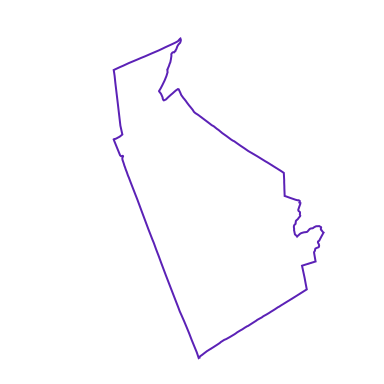 Obrejita, Vrancea, Romania, rotated 146°
{"feature_id": "2599482B71493090324690", "entity_name": "Obrejita", "entity_type": "district", "adm_level": 2, "iso_a3": "ROU", "parent_name": "Romania", "parent_adm1": "Vrancea", "projection": "robinson", "projection_center": [27.083, 45.477], "detail": "fine", "context": "isolated", "style": "outline", "palette": "violet", "viewbox_px": 384, "rotation_deg": 146, "n_neighbors": 0, "source": "geoboundaries", "source_scale": "gbopen_adm2", "svg_char_len": 4486}
<svg xmlns="http://www.w3.org/2000/svg" viewBox="0 0 384 384"><g transform="rotate(146 192 192)"><path d="M279.3,50.6L278.8,50.6L278.4,50.5L278.3,50.9L278.2,51.2L277.9,51.2L277.1,51.2L276.3,51.3L274.7,51.3L272.0,51.5L270.1,51.6L268.6,51.7L261.2,51.4L256.1,51.3L253.1,51.3L252.2,51.5L248.1,51.4L247.5,51.3L246.2,51.0L245.4,50.9L244.1,50.8L241.9,50.6L238.1,50.4L236.4,50.3L234.5,50.3L233.0,50.4L229.3,50.2L227.1,50.0L224.1,50.0L222.4,49.9L221.7,49.9L220.3,49.6L218.7,49.6L214.6,49.5L211.0,49.4L210.5,49.4L209.6,49.5L209.3,49.5L208.3,49.4L206.0,49.2L204.3,49.0L202.8,49.1L202.1,49.1L199.0,48.8L197.4,48.7L195.3,48.6L193.6,48.6L191.7,48.5L188.9,48.4L187.1,48.4L185.2,48.4L183.7,48.2L182.7,48.2L181.6,48.2L174.3,47.9L167.5,47.6L151.3,47.1L149.0,52.5L146.6,58.0L143.7,65.2L142.0,69.4L128.4,65.3L125.8,71.1L124.7,73.5L124.4,73.9L122.9,74.6L121.8,75.8L121.2,76.1L120.7,76.0L119.9,75.9L119.0,75.7L118.4,75.5L117.9,75.5L117.4,75.6L116.8,76.2L116.4,76.8L116.2,77.4L116.0,78.1L116.0,78.6L115.9,79.4L115.8,79.8L115.4,80.3L115.1,80.5L113.7,80.5L112.9,81.0L109.7,82.7L105.6,84.8L105.8,85.2L105.9,85.8L105.9,86.4L106.0,87.1L106.0,87.4L105.9,87.6L106.1,88.0L106.1,88.5L106.1,88.9L105.9,89.2L105.7,89.5L105.4,89.8L104.9,90.2L104.7,90.6L104.8,91.1L105.2,91.7L105.6,92.6L106.5,93.1L107.1,93.5L107.7,93.9L108.3,94.2L109.5,94.4L110.9,94.5L111.9,94.4L112.6,94.6L113.4,95.1L113.9,95.3L114.4,95.4L115.1,95.5L116.0,95.3L117.4,94.9L118.2,94.7L118.6,94.6L119.2,94.7L120.1,95.1L121.2,95.7L122.1,96.1L124.0,96.7L125.0,96.9L126.1,96.9L127.2,96.7L129.4,96.4L129.8,96.3L129.8,96.5L129.8,97.0L130.0,97.8L130.3,99.1L130.3,99.5L129.9,100.4L129.6,101.2L129.1,102.3L128.9,103.0L128.5,103.6L127.9,104.4L127.7,104.8L127.6,105.1L127.3,105.7L127.0,106.2L126.5,106.8L125.8,107.3L124.8,107.6L124.2,107.6L123.8,107.8L123.2,108.7L122.7,109.1L122.2,109.8L121.5,110.1L121.0,110.2L120.4,110.2L119.9,110.3L119.5,110.3L119.3,110.4L119.1,110.5L118.3,110.8L117.0,111.2L115.9,111.5L115.5,111.8L115.3,112.5L115.2,113.0L114.8,113.5L114.3,114.0L114.0,114.5L113.8,114.9L113.8,115.3L113.9,115.7L114.2,116.4L114.2,117.0L114.0,117.6L113.8,117.9L113.4,118.2L113.0,118.5L111.6,119.6L109.1,121.4L108.9,121.6L108.3,122.2L108.9,123.2L107.7,124.1L108.1,125.4L109.1,126.1L109.8,126.9L110.5,127.7L111.7,129.3L113.6,131.8L116.6,135.9L117.4,136.9L115.9,139.3L113.5,143.2L112.2,145.2L110.1,148.6L109.0,150.2L105.2,156.5L106.4,159.5L109.9,167.4L113.0,174.4L114.0,176.4L117.9,185.1L122.4,194.4L124.2,199.1L125.9,203.2L127.8,208.2L128.6,210.4L129.4,211.7L130.2,213.5L132.1,219.0L134.0,224.0L135.3,228.6L136.1,230.6L137.2,234.3L138.3,236.4L139.0,238.6L141.7,246.5L143.9,252.8L145.1,255.5L145.6,257.5L145.5,258.7L145.5,260.0L145.8,263.5L146.0,265.4L146.2,269.0L146.2,270.6L146.4,273.4L146.6,274.8L146.6,275.7L146.7,278.3L146.1,281.3L145.6,284.6L146.1,285.2L148.6,285.2L151.0,284.9L153.1,284.6L155.1,284.4L158.7,283.9L161.8,283.3L163.8,283.6L164.2,283.8L164.3,284.6L164.0,285.9L163.5,286.8L163.0,289.5L162.8,290.9L162.9,292.3L163.0,293.7L162.9,294.1L159.9,295.5L156.6,297.3L152.3,299.8L148.4,302.4L145.2,305.0L144.7,306.2L143.8,307.1L143.9,307.3L140.6,309.4L139.1,310.6L137.4,311.7L136.5,312.6L135.3,313.8L134.1,315.1L133.0,316.3L132.4,317.3L132.1,317.8L131.6,318.1L130.4,318.5L129.3,318.4L128.8,317.8L126.9,318.2L126.9,318.4L125.1,319.2L122.8,320.9L121.2,321.7L120.2,322.0L118.3,322.4L117.0,323.5L116.9,323.5L116.7,323.7L116.2,324.3L116.1,324.6L115.8,325.7L116.1,325.7L116.3,325.7L117.4,325.4L118.6,325.1L119.2,324.9L120.8,325.0L122.6,325.2L125.9,325.7L133.1,326.9L136.7,327.4L140.6,328.0L148.3,329.5L154.9,330.7L159.1,331.6L163.8,332.5L168.3,333.4L172.2,334.2L178.6,335.2L181.7,335.8L187.9,336.8L188.2,336.8L188.7,336.9L189.9,334.3L191.2,331.6L194.6,325.2L204.1,306.7L214.3,287.0L217.6,278.6L221.1,278.3L222.8,278.5L223.9,278.6L225.0,278.7L225.8,278.9L226.4,279.1L226.7,279.3L227.1,279.4L227.5,279.4L227.9,277.8L231.1,262.6L230.9,261.7L230.7,261.3L230.3,261.1L230.0,260.9L229.5,260.9L229.2,260.7L229.1,260.4L229.3,260.0L229.8,259.8L230.1,259.6L230.7,259.1L231.2,258.5L231.7,257.3L231.8,257.1L231.8,256.9L232.7,253.6L233.4,251.4L233.5,250.8L233.8,249.6L234.0,248.9L234.1,248.6L234.7,246.2L234.7,245.9L235.9,241.4L236.3,239.2L237.4,234.6L240.1,222.7L241.5,216.4L244.5,204.1L249.0,185.4L250.6,178.3L251.4,174.8L252.1,171.3L253.8,164.6L255.5,157.2L257.1,150.8L260.2,137.8L263.1,125.1L265.5,114.6L267.9,104.0L268.9,99.9L269.6,95.8L270.8,89.2L272.0,83.2L273.4,76.4L275.0,69.5L276.6,61.8L277.7,56.4L279.3,50.6Z" fill="none" stroke="#5b21b6" stroke-width="2"/></g></svg>